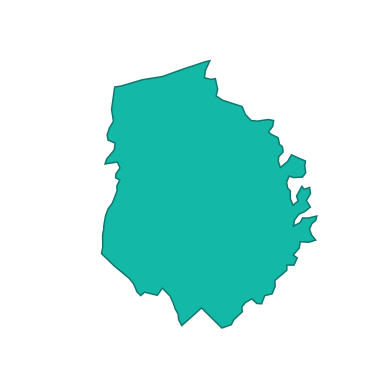 the district of Mercedes, Paraná, Brazil, rotated 48°
{"feature_id": "56859067B78993450300756", "entity_name": "Mercedes", "entity_type": "district", "adm_level": 2, "iso_a3": "BRA", "parent_name": "Brazil", "parent_adm1": "Paraná", "projection": "equal_earth", "projection_center": [-54.174, -24.435], "detail": "fine", "context": "isolated", "style": "filled", "palette": "teal", "viewbox_px": 384, "rotation_deg": 48, "n_neighbors": 0, "source": "geoboundaries", "source_scale": "gbopen_adm2", "svg_char_len": 1734}
<svg xmlns="http://www.w3.org/2000/svg" viewBox="0 0 384 384"><g transform="rotate(48 192 192)"><path d="M106.4,90.9L104.0,95.1L94.9,115.9L86.4,136.7L83.4,141.4L75.4,153.7L65.7,173.9L62.3,179.2L76.8,196.5L86.9,203.1L89.2,210.6L92.8,216.9L97.3,219.7L104.3,216.4L108.8,221.8L110.4,233.2L113.0,237.9L116.2,232.9L119.9,227.4L125.9,229.4L127.5,236.2L130.3,239.3L134.8,237.7L137.2,243.8L141.0,246.9L144.0,252.8L147.0,258.7L148.4,265.7L151.9,272.3L157.8,279.8L160.8,282.7L163.6,286.6L168.3,290.9L173.1,295.1L177.3,300.5L195.2,299.2L213.9,296.5L221.0,296.8L229.5,299.7L234.7,299.4L234.7,294.3L245.5,286.9L243.7,278.4L249.9,278.1L254.7,277.9L262.7,280.5L267.3,282.6L273.4,284.0L278.0,287.4L284.4,289.0L284.5,273.6L284.5,262.5L313.1,260.8L316.9,251.6L314.9,246.4L314.7,234.7L310.8,231.9L309.9,226.2L311.5,218.9L318.1,218.5L321.7,215.1L317.7,207.4L321.3,200.5L317.7,193.3L313.2,189.6L313.6,173.9L309.8,170.4L314.6,165.1L311.3,157.9L306.6,159.0L305.4,149.7L301.4,144.9L307.6,138.7L310.5,132.3L303.8,131.9L298.0,129.4L295.7,123.9L295.9,119.1L293.4,115.3L289.3,122.8L285.2,127.3L287.1,131.6L285.3,139.4L281.4,134.5L280.0,127.3L281.9,122.0L282.4,114.1L274.8,112.7L272.5,105.0L267.3,101.5L265.1,106.8L261.3,106.6L265.0,117.0L269.6,119.1L269.5,125.8L262.7,123.4L257.0,118.2L253.1,118.3L248.2,115.3L245.1,109.2L249.0,107.1L254.8,100.0L253.8,94.6L248.2,90.9L244.9,86.9L237.3,90.5L230.9,93.2L233.3,100.5L232.9,110.0L227.0,107.3L223.8,104.1L223.2,97.5L219.0,94.6L215.1,95.1L209.3,91.7L202.4,94.4L198.6,95.1L197.2,88.0L193.5,83.5L189.4,86.6L186.4,90.9L183.3,95.7L178.5,100.2L170.3,100.5L162.0,97.6L144.6,107.7L136.8,109.8L132.8,104.2L123.4,98.8L121.0,102.6L115.4,106.3L110.6,100.7L106.4,90.9Z" fill="#14b8a6" stroke="#0f766e" stroke-width="1.5"/></g></svg>